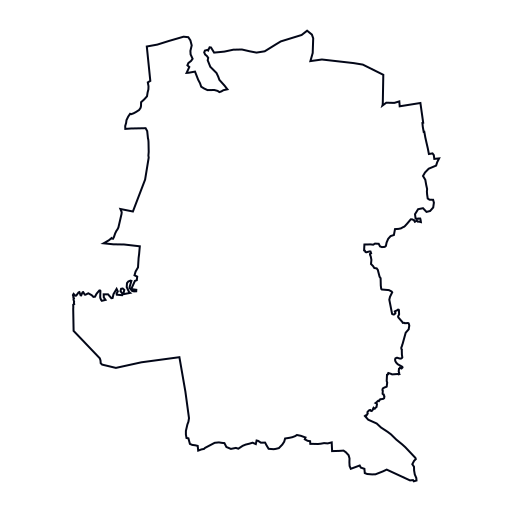 Muhradah, Hamah, Syria
{"feature_id": "27442178B78133098408237", "entity_name": "Muhradah", "entity_type": "district", "adm_level": 2, "iso_a3": "SYR", "parent_name": "Syria", "parent_adm1": "Hamah", "projection": "orthographic", "projection_center": [36.557, 35.29], "detail": "fine", "context": "isolated", "style": "outline", "palette": "ink", "viewbox_px": 512, "rotation_deg": 0, "n_neighbors": 0, "source": "geoboundaries", "source_scale": "gbopen_adm2", "svg_char_len": 6014}
<svg xmlns="http://www.w3.org/2000/svg" viewBox="0 0 512 512"><path d="M399.3,101.4L394.3,102.9L386.3,102.7L382.4,105.6L382.7,104.6L382.8,102.5L383.3,74.8L362.8,64.6L353.7,63.1L321.9,59.5L310.4,61.1L312.7,53.0L313.2,38.3L311.9,34.6L307.1,30.7L301.6,35.0L280.8,41.4L276.0,44.3L264.7,51.3L256.5,52.6L249.7,51.3L241.9,49.5L233.3,49.7L224.4,51.6L214.1,52.6L211.0,47.5L209.6,47.3L208.1,50.5L207.4,49.9L204.9,50.6L204.2,52.4L205.1,54.5L206.9,56.0L208.2,57.8L207.7,60.3L210.3,66.8L216.5,73.0L218.2,76.6L219.4,79.9L224.6,85.7L227.4,89.3L223.4,90.2L221.4,91.4L219.4,92.1L217.6,90.9L214.3,90.0L207.5,90.1L204.1,88.5L201.2,86.7L200.0,83.2L198.2,79.8L195.0,71.6L189.0,72.7L186.6,72.9L189.3,67.0L187.4,65.3L188.4,63.0L191.0,61.0L192.6,58.8L190.6,54.4L190.4,50.9L191.7,45.4L190.4,40.4L188.3,37.2L183.6,36.7L169.1,40.9L157.3,44.6L146.8,46.5L150.3,80.9L147.8,82.4L148.5,86.2L148.4,89.3L147.6,92.5L147.0,96.3L144.2,99.4L141.1,102.2L141.0,106.0L140.6,107.8L139.1,110.0L136.0,112.0L133.6,113.3L131.1,114.2L130.1,113.8L128.2,116.6L126.5,120.1L126.1,123.0L125.2,126.0L125.3,128.9L130.9,128.5L145.6,128.2L147.2,131.1L148.0,138.7L148.1,138.8L148.3,139.7L148.5,142.0L148.7,152.0L148.4,155.5L148.7,157.6L145.1,179.6L132.9,211.5L120.4,209.0L121.7,212.2L121.5,214.1L118.4,227.5L117.4,229.5L116.5,230.7L115.2,233.3L113.9,237.1L113.7,237.2L113.1,238.7L111.6,238.6L111.4,238.2L109.0,240.2L103.6,243.3L113.2,244.3L124.2,244.5L139.8,246.3L139.1,254.1L138.6,258.0L138.0,267.4L135.6,271.5L134.5,275.3L137.2,276.6L136.8,280.2L134.9,280.9L131.6,288.3L132.1,289.2L136.3,289.8L136.2,291.3L134.0,291.4L132.2,291.0L129.6,287.9L129.7,286.7L131.4,280.9L130.5,280.6L128.3,281.5L127.0,283.1L126.7,287.1L129.1,292.1L130.1,292.9L123.9,294.1L123.4,293.7L124.3,289.9L122.7,288.5L121.1,288.8L120.5,291.2L122.8,294.1L122.2,295.2L116.8,294.7L116.6,293.6L117.8,291.4L116.6,288.9L113.5,294.1L112.6,298.0L111.4,298.2L108.0,294.3L103.7,294.3L103.8,297.4L105.5,299.9L101.8,300.8L101.1,299.9L100.3,297.9L100.2,296.9L100.4,290.9L99.9,290.4L99.3,290.5L96.6,293.7L95.0,296.7L93.4,296.9L91.7,295.2L88.3,293.3L85.5,294.7L84.7,294.6L83.2,292.1L82.7,292.2L82.4,292.6L81.2,295.4L80.6,295.3L79.4,292.1L78.6,292.4L76.2,295.6L75.3,295.7L73.6,293.9L72.9,295.1L73.8,298.0L73.5,298.0L73.7,299.0L73.5,299.6L74.1,301.6L73.9,303.2L74.2,304.1L73.2,304.8L73.3,307.3L73.2,308.9L73.6,330.9L99.8,358.3L100.5,360.5L100.7,363.2L102.1,364.6L115.9,367.9L141.4,362.3L179.4,357.2L185.4,391.7L189.0,418.2L188.4,421.8L187.4,424.4L185.9,430.9L185.9,434.5L186.5,438.0L188.4,438.3L189.9,443.9L192.2,444.9L195.3,445.3L197.7,445.9L198.2,450.6L201.5,449.4L204.0,448.9L205.0,447.9L214.7,442.8L218.9,442.4L222.1,442.9L224.4,443.1L226.4,447.0L230.9,448.9L235.9,447.9L238.3,448.7L242.7,445.8L245.6,444.6L249.3,443.7L252.6,442.7L255.8,444.1L256.6,440.5L258.2,440.9L260.9,442.7L265.1,442.6L266.4,445.1L268.6,448.8L273.6,449.2L275.7,448.9L278.9,448.1L282.3,444.6L284.2,441.7L285.1,438.5L289.5,437.8L292.3,437.2L295.2,436.1L296.9,435.0L300.8,435.8L305.5,437.5L304.8,439.3L307.6,440.8L310.1,441.2L310.3,443.9L313.7,443.9L318.0,444.0L320.8,443.7L324.1,443.1L327.7,443.4L331.7,442.4L332.1,451.1L339.2,450.9L343.5,450.6L345.8,452.2L348.6,455.2L349.5,458.4L349.4,462.2L349.6,466.0L350.8,468.8L359.7,465.5L360.8,467.6L364.4,468.8L364.8,473.1L367.2,474.0L372.1,474.4L375.5,474.3L382.9,471.4L386.7,469.6L410.0,480.4L413.0,480.1L413.8,481.3L416.5,480.5L416.3,478.0L414.8,474.5L414.1,470.5L414.0,466.8L412.3,464.2L414.1,460.8L415.8,459.1L415.4,457.9L405.3,447.2L402.2,444.4L396.3,439.6L391.0,434.4L387.7,431.9L381.0,427.5L376.7,423.5L368.2,419.7L364.9,416.0L365.6,415.4L366.4,415.6L367.7,413.6L367.4,413.1L367.6,411.8L369.3,410.2L370.2,410.0L370.8,410.8L371.7,411.0L373.3,409.1L373.1,408.6L373.5,407.9L374.2,408.8L374.8,408.7L375.0,408.2L376.5,407.0L377.0,404.2L376.6,403.5L375.6,403.0L376.8,402.1L377.4,401.4L378.3,400.7L378.9,401.1L380.3,399.2L381.2,399.2L383.3,398.8L384.1,398.2L384.4,396.3L384.0,395.9L383.8,394.7L383.5,394.7L382.6,393.8L382.8,390.8L382.4,390.0L382.8,388.5L383.5,388.0L385.1,387.2L385.7,387.1L386.7,386.6L387.2,382.6L386.7,381.0L387.0,374.9L387.3,374.9L388.0,374.3L388.1,373.3L388.3,373.0L391.1,373.9L392.1,374.4L397.6,374.0L398.7,374.4L399.3,374.1L398.8,373.6L399.1,372.6L398.7,371.5L399.0,368.7L399.8,368.2L399.9,367.9L401.5,368.5L402.5,367.5L402.3,366.8L397.7,364.2L396.1,362.5L395.2,360.8L395.1,359.3L395.5,358.3L397.0,357.7L399.6,358.5L400.9,358.6L401.8,358.1L402.3,357.4L401.9,354.6L401.8,350.3L401.9,349.7L401.4,349.0L401.3,348.1L401.3,347.6L402.1,345.6L402.2,344.9L402.6,343.9L405.7,332.7L408.7,329.3L408.9,327.8L409.3,325.7L408.9,324.0L408.5,323.2L407.7,323.0L407.0,323.1L404.8,323.2L404.4,322.9L402.8,322.9L402.4,322.1L398.3,317.4L398.1,316.3L398.9,314.8L399.1,314.3L398.9,310.0L398.6,309.7L397.8,309.7L396.7,310.6L395.4,311.0L394.8,311.4L395.4,312.8L395.4,313.3L394.2,314.4L393.3,314.5L392.1,313.9L389.3,299.7L390.0,296.8L392.2,292.3L391.6,291.5L388.9,290.1L381.8,289.5L381.2,288.8L380.8,285.6L380.6,278.2L379.6,276.8L377.8,269.9L376.7,268.4L374.3,268.0L373.0,266.0L371.0,264.0L371.4,259.9L370.8,256.7L370.0,254.6L370.0,254.0L371.1,253.3L370.5,251.5L369.7,251.4L366.2,252.3L365.5,252.0L364.8,250.6L364.1,250.4L364.4,244.5L370.7,244.4L373.2,244.7L375.0,243.6L378.7,243.8L380.0,246.4L381.9,247.1L384.7,246.9L385.9,245.9L386.6,242.5L388.2,238.8L390.6,236.1L393.9,235.0L395.0,229.1L398.4,228.9L400.9,228.4L403.0,227.2L404.0,226.8L404.8,226.2L407.1,223.7L410.8,219.3L412.0,219.3L413.9,220.2L414.9,221.8L416.8,220.6L417.9,221.7L418.9,221.6L420.9,222.1L420.6,220.0L420.2,218.5L418.3,218.5L418.1,218.8L415.6,218.6L415.0,214.2L418.1,209.2L423.0,208.2L426.5,211.9L430.1,211.0L433.2,207.5L433.9,202.7L433.1,199.8L429.5,199.7L427.7,198.5L427.1,194.3L426.9,191.6L427.1,189.0L426.2,184.9L425.3,179.8L423.0,176.0L425.0,172.5L428.7,168.7L436.1,165.6L437.2,162.2L439.1,158.4L434.3,158.9L433.8,155.1L432.5,153.4L428.9,154.0L427.8,148.4L426.3,141.9L425.3,137.4L424.3,131.8L423.7,131.9L422.8,126.9L422.4,123.0L423.2,122.8L420.4,103.0L399.7,106.3L399.3,101.4Z" fill="none" stroke="#020617" stroke-width="2"/></svg>